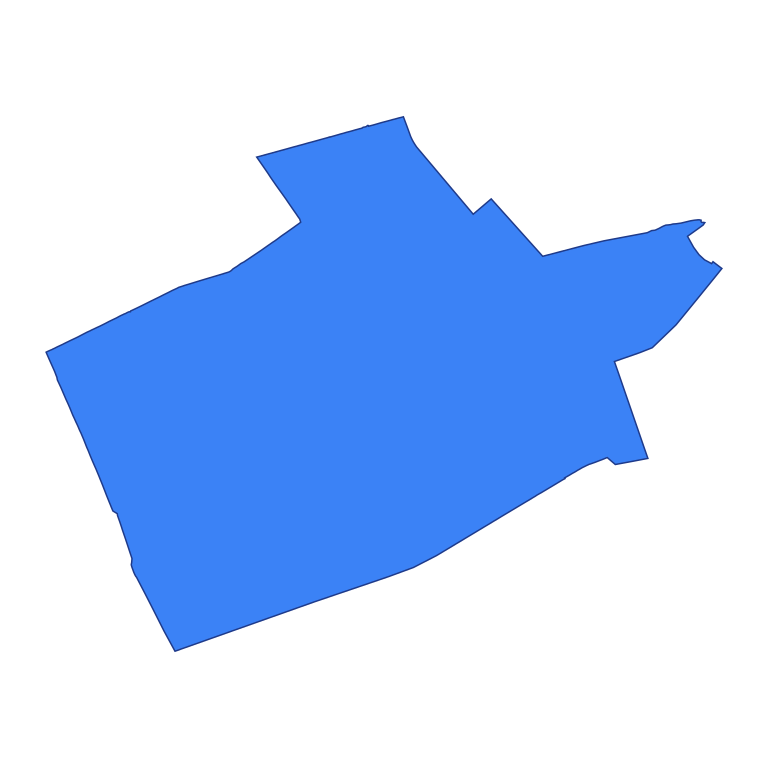 Gostavatu, Olt, Romania
{"feature_id": "2599482B62335692656317", "entity_name": "Gostavatu", "entity_type": "district", "adm_level": 2, "iso_a3": "ROU", "parent_name": "Romania", "parent_adm1": "Olt", "projection": "orthographic", "projection_center": [24.506, 44.061], "detail": "fine", "context": "isolated", "style": "filled", "palette": "blue", "viewbox_px": 768, "rotation_deg": 0, "n_neighbors": 0, "source": "geoboundaries", "source_scale": "gbopen_adm2", "svg_char_len": 4169}
<svg xmlns="http://www.w3.org/2000/svg" viewBox="0 0 768 768"><path d="M175.0,651.2L178.6,650.0L180.9,649.1L314.5,601.8L389.2,576.4L391.6,575.5L413.4,567.5L436.3,555.7L437.5,555.0L500.0,517.4L501.1,516.7L532.0,498.2L533.3,497.4L535.2,496.3L536.8,495.2L538.7,494.1L540.1,493.3L540.9,492.9L562.9,479.7L565.0,478.6L564.6,477.9L568.3,475.8L570.2,474.7L572.3,473.4L573.6,472.7L575.4,471.7L576.2,471.2L577.6,470.3L579.8,469.1L580.6,468.6L581.8,467.9L582.7,467.4L584.0,466.8L585.4,466.1L586.8,465.4L588.0,464.9L589.1,464.3L590.3,464.0L592.0,463.4L593.7,462.8L595.4,462.2L596.4,461.8L598.2,461.1L600.0,460.4L601.9,459.7L602.9,459.3L604.4,458.7L605.8,458.1L606.2,457.9L607.3,457.6L610.3,460.2L613.8,463.2L615.3,464.5L631.6,461.5L647.9,458.4L644.3,448.1L618.0,371.8L614.4,361.5L639.9,352.6L652.3,347.7L676.0,324.9L698.1,297.9L714.1,278.2L721.9,268.5L713.0,261.7L711.6,263.6L704.5,259.8L699.0,254.7L693.6,247.3L687.5,236.3L699.1,228.0L703.2,225.0L704.8,222.6L704.3,222.5L703.8,222.5L703.0,222.3L702.3,222.5L701.7,222.4L701.2,221.9L701.0,221.4L701.1,220.9L701.1,220.2L699.7,219.9L699.3,219.8L698.2,219.8L694.3,220.2L690.6,220.8L681.0,223.1L675.9,223.8L672.9,224.0L670.8,224.6L668.5,224.9L665.9,225.1L663.8,225.9L662.3,226.6L659.0,228.4L655.1,230.2L651.6,230.6L647.3,232.7L643.6,233.4L604.1,240.8L583.9,245.5L542.7,256.3L491.2,198.9L473.2,214.2L416.6,147.0L415.0,144.6L413.4,142.0L412.1,139.6L410.7,136.6L407.1,126.7L403.4,116.8L401.2,117.4L399.0,117.9L394.7,119.1L392.6,119.6L390.6,120.2L386.1,121.4L381.5,122.6L376.4,124.1L372.9,125.1L368.6,126.2L368.5,125.8L368.4,125.6L368.2,125.5L367.9,125.4L367.6,125.5L367.2,125.7L366.9,126.1L366.5,126.4L366.2,126.6L365.9,126.7L365.2,126.9L364.3,127.1L363.4,127.2L362.9,127.4L362.7,127.6L362.5,127.9L362.2,128.0L361.9,128.0L361.5,128.3L361.2,128.4L360.6,128.5L359.7,128.7L358.0,129.2L355.0,130.0L353.0,130.6L350.5,131.3L348.6,131.8L346.2,132.4L344.3,133.0L342.5,133.5L340.5,134.0L338.6,134.6L336.8,135.1L334.4,135.8L331.9,136.5L330.0,137.1L329.9,136.9L328.8,137.2L328.1,137.5L318.7,140.1L315.1,141.1L311.1,142.2L308.0,143.0L304.9,143.9L301.7,144.8L298.6,145.6L296.6,146.2L294.2,146.8L291.7,147.5L289.2,148.2L287.1,148.8L256.7,157.1L260.6,162.7L264.5,168.3L267.8,173.1L270.8,177.7L276.2,185.5L280.8,191.9L285.6,198.6L286.5,199.9L287.9,202.0L289.9,204.9L292.3,208.4L293.9,210.7L295.8,213.4L298.3,217.1L299.7,219.0L300.7,222.2L300.2,222.6L299.6,223.1L297.8,224.4L295.7,225.9L293.5,227.5L285.6,233.1L282.8,235.0L280.3,236.8L277.7,238.8L274.5,241.1L272.9,242.1L260.5,250.8L244.0,261.9L240.9,263.5L237.1,266.3L233.2,268.7L231.1,270.7L229.7,271.6L228.6,272.1L201.7,280.2L196.1,281.9L188.7,284.2L184.3,285.5L183.5,285.8L180.8,286.7L178.8,287.3L177.0,288.3L172.2,290.5L168.5,292.4L163.2,295.0L160.1,296.6L151.3,300.9L149.5,301.8L145.5,303.8L141.3,305.9L135.7,308.6L132.5,310.1L131.2,310.7L130.7,310.9L130.5,311.1L130.4,311.3L130.4,311.7L130.0,311.7L129.4,311.8L128.7,311.9L128.0,312.2L127.0,312.7L126.4,313.0L125.8,313.4L125.1,313.7L124.1,314.0L123.2,314.5L121.4,315.3L119.4,316.3L116.5,317.9L112.3,319.9L109.2,321.4L105.2,323.5L102.6,324.8L99.8,326.2L96.5,327.7L93.8,329.0L91.8,329.9L89.9,330.9L87.0,332.2L84.1,333.7L81.6,335.0L77.8,337.0L74.9,338.4L73.4,339.1L71.9,339.8L69.6,340.9L67.6,341.9L66.7,342.3L61.5,344.9L57.0,347.0L54.7,348.2L52.5,349.2L52.3,349.4L50.8,350.0L47.0,351.7L46.9,351.8L46.1,352.2L48.1,356.8L49.1,359.1L54.3,370.7L55.0,372.4L56.2,375.6L56.8,377.0L57.0,377.9L57.1,378.6L57.4,380.0L60.8,387.3L66.0,399.4L68.0,403.7L70.0,408.3L72.8,415.2L74.5,418.8L76.0,422.2L77.3,424.9L78.2,426.9L78.9,428.6L79.4,429.8L79.7,430.5L80.8,432.7L83.6,439.3L86.7,447.2L88.2,450.6L90.3,455.9L92.4,460.9L94.8,466.4L95.8,468.6L97.8,473.4L98.8,475.8L100.2,479.3L100.9,481.0L102.0,483.7L103.8,488.3L105.2,491.9L106.5,495.3L109.6,503.0L110.4,504.9L111.3,507.2L112.9,511.0L117.3,513.7L117.4,514.5L117.5,515.4L118.4,518.0L119.9,522.2L121.5,527.0L122.6,530.5L125.1,537.8L127.3,544.4L129.6,551.4L131.8,558.0L132.0,558.7L131.6,563.0L131.3,564.2L131.3,565.0L132.0,567.4L132.8,569.6L133.7,572.1L134.8,574.6L135.8,576.4L136.5,577.2L145.6,594.7L152.5,608.2L157.4,617.9L164.0,631.0L174.5,650.3L175.0,651.2Z" fill="#3b82f6" stroke="#1e3a8a" stroke-width="1.5"/></svg>